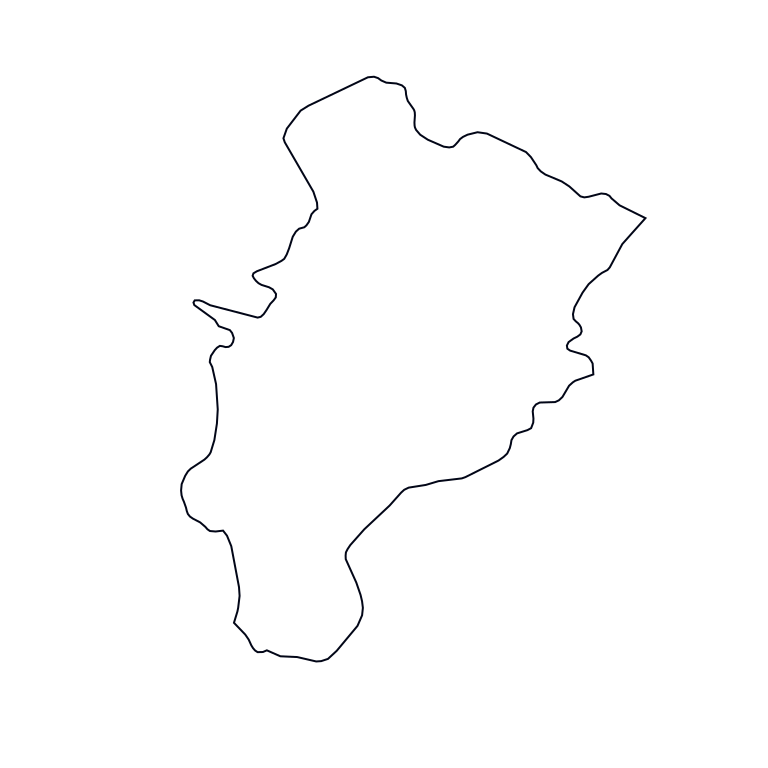 outline of Kildare, rotated 16°
{"feature_id": "IRL-721", "entity_name": "Kildare", "entity_type": "County", "adm_level": 1, "iso_a3": "IRL", "parent_name": "Ireland", "parent_adm1": "", "projection": "mercator", "projection_center": [-6.829, 53.156], "detail": "fine", "context": "isolated", "style": "outline", "palette": "ink", "viewbox_px": 768, "rotation_deg": 16, "n_neighbors": 0, "source": "natural_earth", "source_scale": "10m", "svg_char_len": 2903}
<svg xmlns="http://www.w3.org/2000/svg" viewBox="0 0 768 768"><g transform="rotate(16 384 384)"><path d="M425.2,623.8L412.1,653.5L405.9,663.7L400.0,667.7L395.3,669.4L375.8,670.4L359.4,674.3L344.8,672.3L341.5,675.0L336.4,676.6L333.5,675.7L330.9,674.0L328.5,671.8L324.4,667.0L319.7,663.1L305.6,654.9L305.8,643.0L305.5,639.3L303.6,627.5L300.6,619.2L281.9,582.0L274.9,573.1L269.7,569.3L262.8,572.2L257.2,573.3L254.3,572.3L251.7,570.6L245.4,567.7L237.5,566.1L234.0,564.9L231.3,563.0L229.4,560.4L227.8,557.5L224.1,552.3L222.1,549.9L220.1,546.8L218.3,542.3L217.1,536.0L218.2,527.0L219.6,522.1L221.6,518.6L232.2,506.2L234.0,503.3L235.6,499.8L236.2,497.4L236.4,484.7L234.3,468.1L231.2,454.3L222.6,430.4L214.2,415.0L210.5,411.0L210.1,408.6L209.9,404.6L212.0,398.1L213.5,395.1L215.7,392.6L218.5,392.2L221.5,392.2L224.4,391.1L226.4,388.8L227.3,385.2L227.0,381.2L223.9,376.8L221.0,374.7L209.2,374.0L203.8,369.1L179.9,360.4L178.4,358.2L179.0,355.8L183.2,354.5L187.2,354.6L195.2,356.2L244.2,355.0L247.0,353.4L249.1,350.0L250.7,345.2L252.6,338.3L254.8,334.1L256.1,330.6L255.4,327.2L251.0,323.7L246.8,322.7L239.0,322.5L235.6,321.7L232.6,320.2L229.9,318.3L227.9,316.2L228.0,313.6L230.7,310.7L246.7,298.6L251.5,293.9L253.6,291.2L254.8,286.3L255.4,279.6L255.7,267.6L257.3,261.8L259.6,258.1L264.2,255.3L265.7,252.9L267.1,248.9L267.5,240.8L269.4,236.8L271.7,233.9L269.6,228.1L263.1,218.6L222.0,179.0L219.6,175.5L220.2,165.3L228.5,144.2L234.7,137.3L284.0,93.6L289.7,91.4L294.0,91.6L297.8,93.0L303.1,93.7L313.1,91.7L318.9,92.0L322.4,93.6L324.2,96.4L325.4,99.6L327.0,102.6L328.9,105.4L336.5,111.5L337.6,112.6L338.7,114.4L339.7,117.3L341.2,124.3L342.2,127.2L343.0,128.8L344.8,130.9L350.1,134.4L358.8,137.1L376.0,139.4L381.5,138.6L385.1,136.8L386.5,134.6L388.6,130.3L389.6,127.6L391.8,124.7L395.6,121.3L404.5,116.2L413.9,114.9L456.6,121.9L462.7,125.4L470.2,131.8L472.2,134.1L476.1,136.4L481.4,138.2L499.0,140.3L507.7,143.0L521.1,149.5L525.1,149.4L529.1,147.6L540.3,141.0L545.0,140.2L548.9,141.0L551.6,142.9L561.2,147.3L589.6,152.5L580.5,171.3L574.5,183.8L568.9,209.6L567.4,212.8L562.9,217.1L560.0,220.8L553.2,231.6L549.7,241.4L546.0,257.7L546.4,264.8L548.3,269.2L551.1,270.9L553.8,272.1L555.5,273.2L557.7,275.3L559.5,278.9L559.1,282.2L556.8,285.2L553.7,288.0L549.9,292.8L549.2,296.6L550.5,299.5L553.7,300.6L570.1,300.8L573.4,301.9L576.6,304.5L578.9,306.8L582.6,317.1L567.0,328.1L565.1,330.3L562.4,334.6L559.1,347.3L556.6,351.5L553.5,354.2L538.8,358.9L535.7,361.8L534.2,365.5L534.5,369.3L537.2,376.1L538.1,380.0L537.6,385.9L534.6,388.8L525.5,394.8L523.0,398.7L522.0,402.8L522.5,407.0L522.6,411.0L521.6,416.9L519.1,421.1L515.2,426.0L487.9,451.1L484.8,453.3L463.1,462.4L452.0,469.5L436.3,476.8L432.6,480.1L430.4,483.7L422.9,499.3L405.1,529.1L396.0,548.1L394.5,552.8L393.8,556.3L394.4,559.5L395.5,562.9L412.1,582.5L419.6,593.2L422.8,598.9L425.4,605.0L426.7,612.4L425.2,623.8Z" fill="none" stroke="#020617" stroke-width="2"/></g></svg>